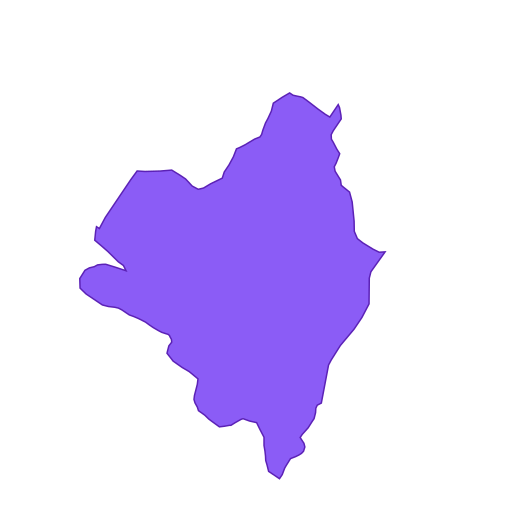 Tilkaef, Ninawa, Iraq (Mercator projection), rotated 124°
{"feature_id": "34846034B79516785973946", "entity_name": "Tilkaef", "entity_type": "district", "adm_level": 2, "iso_a3": "IRQ", "parent_name": "Iraq", "parent_adm1": "Ninawa", "projection": "mercator", "projection_center": [43.046, 36.575], "detail": "fine", "context": "isolated", "style": "filled", "palette": "violet", "viewbox_px": 512, "rotation_deg": 124, "n_neighbors": 0, "source": "geoboundaries", "source_scale": "gbopen_adm2", "svg_char_len": 2296}
<svg xmlns="http://www.w3.org/2000/svg" viewBox="0 0 512 512"><g transform="rotate(124 256 256)"><path d="M386.4,275.4L388.2,269.8L389.5,265.9L389.7,254.9L389.2,246.7L390.3,235.4L395.2,232.9L406.1,229.0L409.6,227.2L411.9,224.4L414.1,220.1L416.4,217.2L416.6,209.5L417.6,203.9L417.8,199.5L418.1,190.8L414.8,187.0L411.3,183.4L410.4,182.1L405.9,180.1L399.7,177.0L398.1,175.7L396.4,169.0L393.8,162.3L397.5,155.9L401.8,148.0L408.6,143.4L412.7,139.5L416.6,136.2L420.1,133.6L422.8,130.3L427.5,125.1L427.5,112.0L422.6,112.0L415.8,113.6L412.9,113.8L404.7,114.1L400.2,111.0L397.1,109.2L394.2,107.9L391.3,107.4L387.0,108.7L384.5,111.5L381.8,117.9L377.9,117.9L369.3,116.7L361.9,116.9L358.4,116.9L352.6,119.0L348.7,121.3L345.4,121.8L341.4,119.6L305.8,134.9L300.1,135.5L283.9,136.0L282.9,136.0L282.7,136.0L261.9,133.8L260.7,133.8L249.0,133.8L247.8,133.8L232.5,135.5L211.0,149.7L204.9,151.9L203.7,151.9L181.6,151.3L180.4,151.3L184.0,156.0L184.9,162.9L185.4,174.8L184.9,181.7L180.6,188.3L172.2,194.2L165.7,199.6L157.4,206.5L150.7,214.2L150.0,222.3L149.7,224.9L145.7,228.5L141.5,237.8L138.3,241.0L134.2,241.5L128.4,242.8L124.4,243.8L122.2,248.8L118.5,255.6L117.0,258.8L113.4,261.5L109.0,262.0L103.9,262.0L99.8,262.0L94.7,262.0L91.8,264.3L86.3,269.7L84.5,272.5L99.5,272.5L99.8,277.9L99.5,287.0L98.8,297.5L98.4,305.7L99.1,308.0L100.6,311.6L102.0,315.2L102.0,319.3L109.7,323.0L119.6,327.1L127.3,324.3L135.3,323.0L140.4,322.5L147.8,320.7L152.1,319.3L155.1,319.3L159.8,322.5L170.4,327.5L175.2,330.2L178.1,332.1L186.5,330.2L195.7,329.3L204.1,329.3L210.3,327.5L221.3,333.9L229.0,337.5L233.0,341.2L233.7,348.0L231.5,357.5L231.5,363.4L231.9,373.9L239.2,383.0L248.0,395.3L252.0,402.1L262.6,402.5L280.9,402.5L308.3,402.5L320.8,401.2L320.9,404.6L325.1,402.8L333.1,398.5L333.9,391.0L335.1,381.3L337.8,367.0L338.0,360.6L340.9,355.5L344.0,366.5L346.9,376.0L348.9,378.8L352.0,382.4L355.3,384.1L359.0,387.5L363.5,389.8L373.2,389.5L381.0,383.9L381.5,381.3L382.5,375.7L382.5,371.9L382.5,361.1L382.5,356.0L380.4,350.1L377.5,344.5L376.1,340.9L375.7,337.1L375.7,331.5L375.7,328.1L374.6,323.8L373.6,318.7L372.6,310.7L372.8,305.4L372.8,301.0L372.4,295.1L372.0,291.5L370.7,286.9L370.1,285.1L370.3,283.3L371.1,282.1L372.4,279.5L374.6,277.7L379.2,278.0L384.3,276.2L386.4,275.4Z" fill="#8b5cf6" stroke="#5b21b6" stroke-width="1.5"/></g></svg>